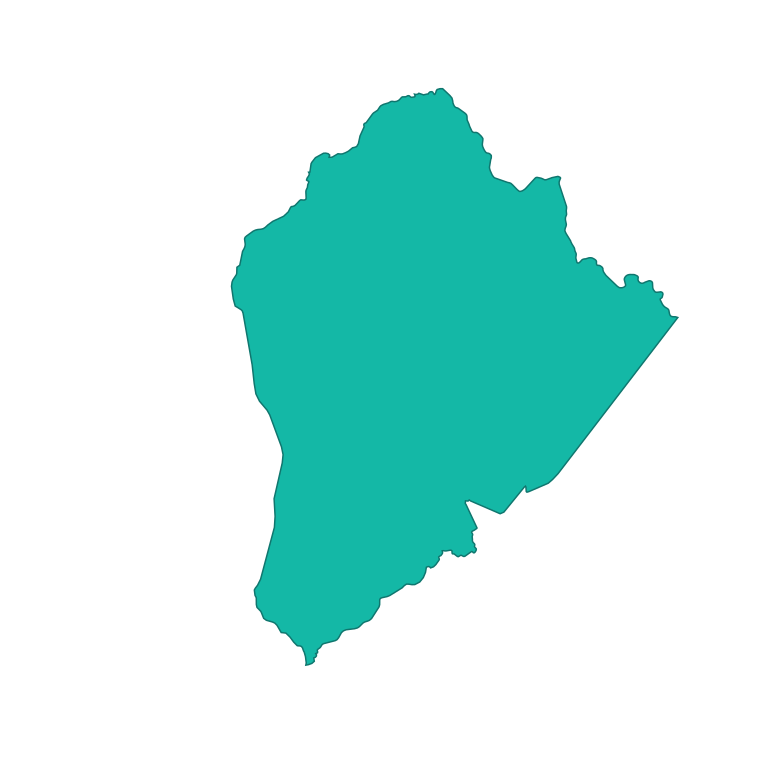 SVG path tracing the border of Southern, rotated 126°
{"feature_id": "ZMB-522", "entity_name": "Southern", "entity_type": "Province", "adm_level": 1, "iso_a3": "ZMB", "parent_name": "Zambia", "parent_adm1": "", "projection": "albers", "projection_center": [26.307, -16.684], "detail": "fine", "context": "isolated", "style": "filled", "palette": "teal", "viewbox_px": 768, "rotation_deg": 126, "n_neighbors": 0, "source": "natural_earth", "source_scale": "10m", "svg_char_len": 6159}
<svg xmlns="http://www.w3.org/2000/svg" viewBox="0 0 768 768"><g transform="rotate(126 384 384)"><path d="M657.4,282.0L655.4,282.9L650.7,287.3L647.7,291.1L647.3,292.1L645.3,295.0L644.9,296.6L645.2,297.9L646.4,299.7L646.7,300.5L645.9,305.3L644.0,311.3L643.2,317.0L645.5,321.1L642.1,328.7L641.6,331.8L642.1,334.3L644.3,340.3L644.3,343.6L640.9,349.0L640.3,350.2L639.4,355.4L637.5,357.6L632.0,361.7L630.8,364.1L626.9,367.8L624.9,368.1L621.1,368.0L614.5,369.1L564.4,388.4L555.1,394.3L541.4,405.5L507.7,419.9L500.5,424.1L495.1,430.0L476.2,458.2L473.9,463.2L471.1,474.6L467.3,481.8L460.0,489.2L445.9,502.0L409.5,539.7L408.1,541.8L407.9,543.3L408.1,546.8L408.4,550.2L403.8,555.9L394.6,564.8L390.9,566.8L388.8,567.4L382.4,567.7L381.0,568.2L376.0,571.6L372.7,570.5L359.8,576.4L356.5,576.8L354.3,577.4L352.5,578.4L348.6,582.1L347.0,582.6L345.0,582.2L337.3,579.7L335.1,578.5L333.2,576.9L331.1,574.5L329.3,573.0L327.0,572.1L323.4,571.4L317.8,569.6L307.3,563.8L301.0,562.6L295.9,563.4L294.9,563.2L294.1,562.3L293.0,561.5L291.7,560.9L285.4,560.1L284.1,559.7L283.4,558.8L282.7,557.5L281.7,556.3L280.4,555.8L279.2,556.4L274.4,560.2L273.1,560.9L270.0,561.5L267.7,562.8L265.3,563.4L264.5,563.7L264.4,564.3L264.6,566.1L264.5,566.6L262.6,567.2L260.0,567.3L257.9,567.8L257.0,569.5L256.1,568.5L248.6,572.5L247.0,572.7L241.2,572.5L232.9,568.6L231.5,566.9L230.5,564.6L230.7,562.5L232.9,561.7L231.0,559.3L224.8,556.6L223.5,554.4L222.3,552.9L219.5,551.1L216.5,549.6L211.4,548.3L209.7,546.8L208.0,545.7L204.6,546.0L197.4,549.2L188.2,551.1L187.4,551.4L186.2,552.7L185.5,553.0L184.6,552.9L183.3,552.1L182.6,552.0L172.3,552.0L170.9,551.8L166.3,550.1L162.1,550.3L160.7,550.1L158.1,548.8L153.9,545.6L151.3,544.4L150.4,543.4L149.5,541.6L148.0,540.0L146.1,538.9L144.2,538.5L141.9,538.3L140.9,537.9L139.1,535.5L138.4,535.0L136.8,534.2L136.3,533.6L136.0,532.8L136.2,531.0L135.8,530.1L133.7,528.0L132.7,528.1L131.6,529.7L131.2,528.7L130.5,527.8L129.5,527.0L128.3,526.7L126.8,521.8L126.4,521.6L123.9,519.4L123.5,518.8L121.9,518.8L120.9,518.6L120.2,518.1L119.3,517.0L119.3,516.0L120.2,513.5L119.7,513.1L118.3,513.3L115.8,514.1L114.5,514.1L112.3,512.4L110.6,510.1L111.9,500.2L112.7,497.1L114.4,495.0L116.1,493.4L116.7,492.5L117.6,491.0L118.0,489.9L118.1,488.9L118.0,488.1L117.4,486.6L117.3,485.5L117.3,477.6L117.5,476.2L117.9,475.1L118.9,474.0L121.1,472.3L121.6,471.8L123.9,467.9L125.2,466.2L127.8,461.5L128.0,460.5L127.9,459.7L127.3,458.5L126.4,457.5L126.0,456.4L125.8,454.8L126.3,451.2L126.8,449.5L127.3,448.3L128.4,447.5L132.2,445.4L133.0,444.7L134.0,443.6L135.5,441.0L136.3,439.2L136.7,437.9L136.7,437.0L136.5,436.3L135.8,434.8L135.6,433.7L136.0,431.6L137.1,430.7L138.3,430.0L139.7,429.6L146.7,426.1L147.8,425.0L149.0,423.4L151.3,419.4L152.0,417.4L152.3,415.9L148.2,402.3L147.6,401.1L147.1,399.4L147.3,397.1L148.5,390.3L148.6,388.5L148.4,387.3L147.9,386.8L146.8,385.9L145.5,385.2L143.0,384.4L128.6,382.7L127.7,382.4L126.9,381.7L125.2,378.0L124.8,376.5L124.4,374.2L124.1,373.6L123.1,372.6L118.2,369.3L113.8,365.3L113.3,363.3L113.4,362.6L113.6,362.2L116.3,361.5L117.7,361.0L119.4,359.7L133.1,340.7L134.2,339.8L136.7,338.4L139.3,336.1L139.9,335.8L142.2,335.2L142.9,334.9L144.6,333.7L147.5,330.5L148.0,330.1L149.3,329.5L151.5,328.9L153.4,328.0L154.2,327.0L155.2,325.2L158.5,317.2L159.0,316.6L160.2,314.4L161.8,310.5L162.4,309.5L163.4,308.5L164.3,307.4L165.4,305.4L166.4,304.5L168.8,303.2L169.4,302.8L172.3,299.3L172.3,298.6L172.0,298.0L171.4,297.5L169.8,297.1L167.1,296.8L166.4,296.5L165.2,295.6L164.3,294.5L161.4,292.3L160.5,291.2L159.8,290.0L159.6,289.3L159.3,287.3L159.3,285.7L159.6,284.7L160.0,284.1L161.3,283.2L162.0,282.6L162.6,281.6L162.5,281.0L161.6,279.7L161.3,278.7L161.2,276.7L161.5,275.6L161.9,274.8L162.5,274.4L163.4,273.5L164.4,272.0L165.7,268.2L167.8,252.8L167.8,251.0L167.7,250.2L167.0,249.0L166.1,247.9L164.9,247.0L164.2,246.7L162.8,246.3L162.1,246.6L161.6,247.0L158.4,250.9L157.2,251.6L155.6,251.8L153.9,251.6L152.5,250.9L151.4,250.0L150.5,248.9L148.5,246.0L148.2,245.2L147.7,242.8L147.8,241.8L148.2,241.1L150.1,240.0L150.7,239.4L151.3,238.5L151.6,236.6L151.2,235.1L150.9,234.5L149.9,233.5L148.1,232.6L145.0,230.5L144.4,229.9L144.0,229.1L143.7,227.8L143.9,227.0L144.3,226.3L148.1,223.2L148.7,222.5L149.3,221.6L149.9,219.8L150.1,218.7L149.9,217.9L149.1,216.8L146.7,214.2L146.4,213.0L146.5,212.2L146.9,211.6L147.4,211.1L150.1,210.0L150.8,209.9L152.8,210.5L153.3,210.2L153.7,209.7L155.7,205.9L156.1,204.9L156.6,202.8L156.6,201.4L156.4,199.3L156.4,198.2L156.7,197.3L157.1,196.7L159.3,194.4L160.1,193.2L160.4,192.1L160.4,191.2L159.8,189.9L158.2,187.5L157.5,185.4L354.2,190.5L362.2,191.5L367.7,192.8L386.0,203.6L387.5,204.8L387.4,205.7L384.1,208.5L383.5,209.5L384.8,209.9L417.2,211.7L420.7,213.8L427.7,245.1L427.7,246.9L429.3,247.2L430.6,249.4L432.9,248.0L433.3,246.8L445.8,224.1L446.5,224.1L449.1,225.0L451.3,226.1L452.0,226.1L452.6,225.8L453.2,224.4L453.6,223.8L454.2,223.5L455.6,223.0L457.6,221.2L458.9,220.3L459.7,219.1L460.2,216.7L460.6,216.1L462.4,215.2L462.7,214.5L463.0,212.7L463.7,212.0L464.8,211.6L466.8,211.5L467.7,211.9L468.0,212.6L467.7,213.9L467.9,214.5L468.7,214.9L475.8,217.3L476.5,217.9L476.8,218.5L477.0,220.1L477.2,220.9L477.7,221.4L479.9,222.3L480.3,222.9L480.4,223.7L480.3,226.5L480.3,227.3L480.6,228.0L481.0,228.4L481.1,229.0L480.8,229.5L479.2,230.8L479.0,231.4L479.1,232.0L479.4,232.6L482.4,235.5L483.2,236.5L483.8,237.8L484.7,238.9L486.0,237.5L486.9,237.1L489.3,237.1L490.8,237.9L491.8,238.1L492.2,237.7L493.1,236.4L493.7,236.0L499.6,235.9L502.8,236.5L505.4,238.2L505.1,239.4L505.3,240.4L506.1,241.3L507.4,242.0L512.0,239.7L517.5,238.4L523.2,238.7L528.2,241.2L530.0,243.6L531.3,246.2L532.7,248.2L535.3,249.1L538.2,249.5L551.7,255.0L554.0,256.4L558.2,260.1L559.6,260.9L561.0,260.7L565.1,257.8L567.3,257.0L581.1,256.2L583.8,256.9L585.3,257.8L588.0,259.8L589.7,260.5L594.8,261.3L596.9,262.1L599.2,263.9L605.1,270.2L607.5,271.7L610.2,272.3L615.7,271.6L618.4,271.7L620.3,272.6L629.5,280.2L630.8,280.8L631.6,280.9L634.1,280.7L635.1,280.8L637.2,281.5L638.4,281.6L639.1,281.1L639.7,280.2L640.6,279.8L642.2,280.8L642.8,279.4L643.9,278.8L645.4,278.9L646.9,279.8L649.3,277.4L652.4,278.1L655.4,280.1L657.4,282.0Z" fill="#14b8a6" stroke="#0f766e" stroke-width="1.5"/></g></svg>